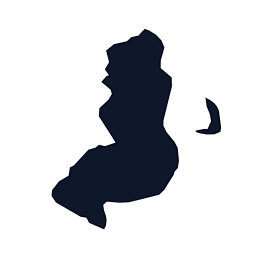 an SVG outline of Moyle, rotated 74°
{"feature_id": "GBR-2773", "entity_name": "Moyle", "entity_type": "District", "adm_level": 1, "iso_a3": "GBR", "parent_name": "United Kingdom", "parent_adm1": "", "projection": "mercator", "projection_center": [-6.248, 55.147], "detail": "fine", "context": "isolated", "style": "filled", "palette": "ink", "viewbox_px": 256, "rotation_deg": 74, "n_neighbors": 0, "source": "natural_earth", "source_scale": "10m", "svg_char_len": 1088}
<svg xmlns="http://www.w3.org/2000/svg" viewBox="0 0 256 256"><g transform="rotate(74 128 128)"><path d="M38.2,84.7L40.4,81.6L46.5,76.0L53.4,72.4L60.5,71.6L71.9,78.6L79.6,80.9L91.6,72.9L99.6,74.9L130.4,92.6L135.5,94.1L142.6,92.9L154.7,87.7L160.9,86.5L173.4,88.8L179.7,91.8L182.4,96.0L185.0,97.5L196.8,110.6L200.0,116.6L198.9,147.6L196.7,156.7L192.1,168.7L194.5,173.7L200.5,174.5L206.5,174.2L210.7,174.8L215.4,176.8L217.8,179.0L217.3,179.6L208.1,190.8L202.3,192.0L199.7,197.5L179.4,217.1L172.2,219.4L167.2,217.4L160.9,208.6L158.1,197.7L150.6,194.2L149.8,190.1L138.7,171.8L138.7,164.6L137.0,160.5L139.9,155.3L139.3,142.9L108.7,152.0L101.6,149.4L96.1,138.6L91.1,133.4L86.1,133.4L76.6,139.9L72.8,134.0L73.0,130.7L65.4,133.2L59.9,127.3L48.0,127.0L44.3,118.1L45.1,105.1L42.4,99.6L42.8,92.2L39.6,87.1L39.6,86.9L38.2,84.7ZM136.6,36.6L153.0,39.1L156.4,40.7L157.1,46.7L155.2,53.8L152.2,60.0L149.9,63.6L150.3,59.1L150.5,56.4L150.8,54.4L152.0,51.8L144.7,45.5L136.8,44.8L128.9,45.7L121.6,44.6L125.1,41.2L128.7,38.7L132.4,37.2L136.6,36.6Z" fill="#0f172a" stroke="#020617" stroke-width="1.5"/></g></svg>